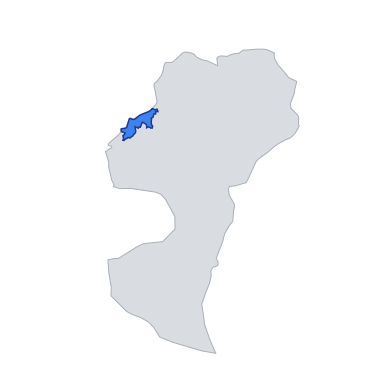 Valkas on a map of Latvia (orthographic projection), rotated 281°
{"feature_id": "LVA-1077", "entity_name": "Valkas", "entity_type": "Municipality", "adm_level": 1, "iso_a3": "LVA", "parent_name": "Latvia", "parent_adm1": "", "projection": "orthographic", "projection_center": [25.917, 57.711], "detail": "fine", "context": "in_parent", "style": "filled", "palette": "blue", "viewbox_px": 384, "rotation_deg": 281, "n_neighbors": 0, "source": "natural_earth", "source_scale": "10m", "svg_char_len": 2950}
<svg xmlns="http://www.w3.org/2000/svg" viewBox="0 0 384 384"><g transform="rotate(281 192 192)"><path d="M277.5,284.6L275.3,284.2L269.1,281.9L263.9,278.3L260.8,273.5L255.4,267.0L251.8,263.7L246.3,259.5L237.1,250.9L233.8,249.0L217.5,245.1L211.6,243.4L206.4,233.6L204.7,228.0L202.1,226.9L199.1,228.1L196.0,229.1L188.5,235.6L186.1,236.5L181.6,236.4L171.0,237.6L166.2,235.1L157.9,232.2L153.4,231.7L149.4,231.6L131.6,228.4L128.3,231.0L124.9,231.4L121.9,226.9L118.0,225.5L113.6,226.8L105.6,226.6L96.2,224.7L84.3,223.0L82.5,223.4L68.8,228.3L65.5,229.0L50.3,237.8L38.2,246.1L37.9,231.4L40.7,202.4L43.4,188.1L51.8,180.2L56.1,174.0L59.0,165.4L60.2,157.3L62.2,150.8L74.6,132.3L83.6,130.8L95.8,126.1L109.4,122.4L111.7,128.1L112.8,132.5L128.2,148.9L132.1,154.4L137.7,172.7L152.5,182.4L164.5,179.9L169.8,175.6L179.5,167.6L183.9,161.7L184.9,156.0L183.8,131.2L181.5,120.4L182.5,113.7L184.2,114.1L188.2,111.0L201.3,105.2L203.9,105.0L206.9,103.8L215.1,99.4L217.7,101.9L219.9,104.6L221.1,104.7L221.7,103.7L221.5,101.9L222.1,100.6L224.5,101.4L233.9,108.9L237.5,110.7L240.0,111.2L243.0,114.7L251.1,117.0L252.1,118.8L252.7,121.1L260.4,130.5L263.8,135.3L270.7,139.6L273.6,140.6L285.5,136.0L288.7,134.4L291.5,134.4L294.3,136.7L300.7,139.7L306.5,140.6L307.6,140.3L312.5,140.6L314.2,141.7L315.5,147.8L321.2,152.4L326.5,156.2L327.9,158.0L328.4,161.5L328.2,165.6L327.6,167.8L325.5,170.3L323.7,176.6L323.6,182.5L320.9,192.8L321.5,193.0L327.8,190.9L329.7,192.0L331.1,194.2L331.8,200.6L333.9,203.4L336.2,207.9L337.0,211.3L341.2,215.4L341.6,218.1L344.4,227.6L345.5,233.0L346.1,237.3L345.1,242.7L344.1,246.4L342.8,246.3L339.1,247.3L333.4,251.9L325.0,262.6L322.8,264.9L320.7,272.9L320.2,273.7L315.0,273.5L313.6,273.3L308.5,273.6L297.3,271.7L293.0,273.2L287.5,281.3L285.3,282.5L278.7,283.6L277.5,284.6Z" fill="#d9dde1" stroke="#a8b0b8" stroke-width="1"/><path d="M239.8,110.4L240.4,110.4L241.0,111.5L241.4,113.1L241.9,114.6L242.9,115.6L251.6,116.4L252.1,116.6L252.4,117.0L252.5,117.8L252.4,118.2L252.1,118.7L252.0,119.4L252.1,121.0L252.5,121.9L257.1,125.8L258.4,127.4L262.4,133.8L263.8,135.4L265.5,136.7L266.1,136.9L266.1,137.2L266.3,137.6L266.1,138.4L265.8,139.1L265.8,139.8L265.7,140.2L265.8,140.5L266.0,140.8L266.2,141.3L266.6,141.6L266.6,141.9L266.5,142.1L264.4,143.2L264.0,141.0L263.2,141.2L261.7,141.4L261.5,139.8L259.1,139.5L257.9,139.5L256.6,137.8L255.4,138.5L253.6,138.5L250.5,139.3L249.2,140.8L247.2,140.8L246.9,139.3L247.5,137.8L247.4,136.3L246.4,135.2L248.7,134.8L249.8,133.8L250.6,131.6L251.0,129.9L245.7,128.9L245.6,127.4L244.4,127.2L245.2,123.6L240.6,125.3L238.6,124.8L237.5,123.8L235.7,123.2L234.8,122.0L233.5,121.3L233.1,120.5L233.2,120.0L233.4,119.3L233.2,118.7L232.6,118.3L232.0,117.6L231.4,116.7L229.5,115.3L229.7,114.2L231.0,114.6L231.8,114.6L232.4,114.2L232.8,114.0L233.3,113.7L233.6,113.7L234.0,113.7L234.3,113.5L235.6,114.8L237.2,115.0L237.4,113.9L237.5,112.8L237.8,111.1L239.3,110.6L239.8,110.4Z" fill="#3b82f6" stroke="#1e3a8a" stroke-width="1.5"/></g></svg>